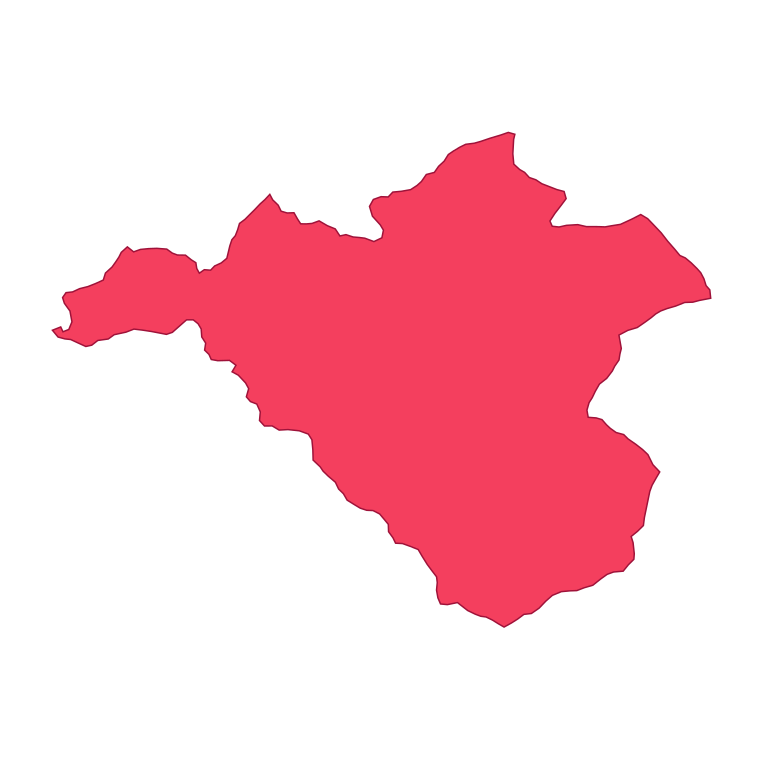 outline of Echaporã, São Paulo, Brazil, rotated 268°
{"feature_id": "56859067B12179027104670", "entity_name": "Echaporã", "entity_type": "district", "adm_level": 2, "iso_a3": "BRA", "parent_name": "Brazil", "parent_adm1": "São Paulo", "projection": "orthographic", "projection_center": [-50.188, -22.419], "detail": "fine", "context": "isolated", "style": "filled", "palette": "rose", "viewbox_px": 768, "rotation_deg": 268, "n_neighbors": 0, "source": "geoboundaries", "source_scale": "gbopen_adm2", "svg_char_len": 3559}
<svg xmlns="http://www.w3.org/2000/svg" viewBox="0 0 768 768"><g transform="rotate(268 384 384)"><path d="M223.0,625.7L228.0,632.3L233.5,638.3L241.5,639.6L267.4,645.9L273.5,648.4L280.7,652.8L286.5,656.5L294.0,649.9L304.2,645.3L309.3,640.3L314.6,634.0L320.7,625.9L325.1,621.8L327.4,614.3L331.8,608.6L335.6,604.8L340.8,600.6L342.7,594.9L343.6,586.9L350.8,585.9L358.2,588.3L363.0,591.6L369.3,594.9L376.4,599.3L381.9,606.8L389.1,612.7L393.6,615.1L399.8,619.7L405.6,620.8L411.2,622.4L424.7,620.5L429.1,629.6L431.6,639.1L436.8,647.2L441.0,653.4L444.5,657.9L447.3,663.0L449.5,669.5L451.7,678.2L455.0,687.4L455.0,695.5L456.5,702.1L458.3,713.5L466.7,712.9L471.1,709.3L478.0,707.4L484.2,704.4L488.4,700.9L494.4,695.2L499.5,689.5L502.1,684.2L508.6,679.2L516.8,672.5L525.4,666.3L534.2,658.5L540.0,653.3L544.4,646.5L540.0,637.1L535.3,625.9L534.2,616.9L533.3,610.4L533.7,604.8L534.0,599.1L534.2,591.9L536.5,583.2L536.2,571.9L534.8,564.4L535.8,557.6L541.1,555.5L548.6,560.8L552.9,564.4L556.9,567.7L562.9,572.5L570.1,570.7L572.3,563.5L575.4,556.3L578.7,548.6L582.8,542.9L585.3,536.4L590.6,531.9L593.6,527.1L599.2,521.4L609.6,520.8L617.4,521.5L623.9,522.1L629.0,523.5L631.1,517.0L628.7,509.2L625.9,498.5L623.1,489.2L621.5,482.7L620.7,474.0L617.9,467.8L614.4,461.5L611.1,456.3L604.6,451.9L599.7,446.2L593.7,441.7L591.9,433.6L585.1,428.5L581.3,424.0L577.3,417.4L576.0,408.1L575.5,399.5L570.8,394.7L571.3,387.6L568.8,379.8L562.0,375.7L552.1,378.3L543.2,385.8L537.8,388.8L530.2,387.0L526.7,378.9L530.4,369.9L531.3,364.2L532.0,358.3L534.6,351.2L533.5,345.1L540.7,340.7L544.2,332.9L549.3,324.8L547.0,317.7L546.7,311.8L547.0,306.3L551.8,303.4L558.3,300.0L558.3,293.2L560.3,287.2L566.4,284.5L571.9,279.2L577.5,276.5L572.4,271.4L568.4,266.6L562.6,260.7L557.8,255.5L553.4,250.8L549.5,245.2L543.2,243.1L537.4,240.6L533.5,237.0L527.3,234.7L520.4,232.8L515.1,231.3L510.7,225.6L507.9,218.9L503.8,214.7L504.5,208.4L501.2,203.3L506.0,200.9L511.8,200.2L514.8,195.8L519.7,190.1L520.1,182.1L522.2,177.0L526.4,171.6L527.5,161.7L527.5,153.5L527.0,145.3L524.8,138.4L530.0,132.3L524.7,126.0L520.1,123.5L515.6,120.3L510.4,116.3L504.6,109.5L497.7,107.1L494.4,99.1L491.7,91.5L489.9,83.1L486.9,76.0L486.4,69.4L481.6,65.8L475.8,67.4L467.9,72.7L457.0,74.3L449.5,70.9L447.4,65.0L452.3,62.9L449.3,54.5L442.3,59.9L440.2,66.7L439.4,72.4L436.3,78.5L431.9,87.3L433.0,93.3L437.5,99.5L438.6,110.0L442.7,116.1L444.8,127.9L447.6,136.0L446.3,144.4L444.6,153.4L441.2,168.3L443.0,174.3L448.2,180.6L455.0,188.9L454.8,195.6L450.7,200.3L445.4,203.2L437.4,203.5L431.1,207.2L424.1,205.9L419.7,210.1L414.5,212.2L413.1,218.7L413.0,230.4L407.9,236.7L401.5,232.6L397.9,238.7L389.9,245.7L384.1,248.6L376.0,246.0L371.1,249.9L368.4,256.2L360.4,259.4L351.8,258.3L346.2,263.1L346.0,270.8L341.6,277.6L341.8,286.4L340.2,297.7L336.6,306.6L330.8,310.0L320.6,310.6L310.4,310.5L303.5,317.3L299.0,320.1L293.8,325.1L287.5,332.0L280.6,335.0L275.8,339.6L269.2,343.1L264.2,350.6L260.7,356.0L258.4,362.3L257.9,368.6L254.3,375.1L248.7,379.5L243.6,383.4L236.2,383.4L230.0,387.6L224.5,390.0L223.9,396.9L220.9,404.4L217.4,412.4L210.7,416.0L202.2,420.9L196.1,425.1L189.5,429.8L183.7,430.3L176.2,429.3L168.4,430.4L162.2,432.8L161.3,439.6L163.0,449.8L154.7,459.7L150.8,467.1L148.5,472.6L147.6,477.9L144.3,484.1L140.4,489.9L136.9,495.5L140.7,503.0L144.5,509.5L148.9,515.8L149.5,523.3L154.5,531.1L161.4,538.2L166.9,544.9L170.3,554.0L170.8,562.8L170.8,569.5L173.4,577.0L175.6,585.7L181.4,593.5L186.0,600.4L188.1,606.9L188.6,616.5L194.8,621.9L200.1,627.6L205.6,628.2L216.7,627.4L223.0,625.7Z" fill="#f43f5e" stroke="#9f1239" stroke-width="1.5"/></g></svg>